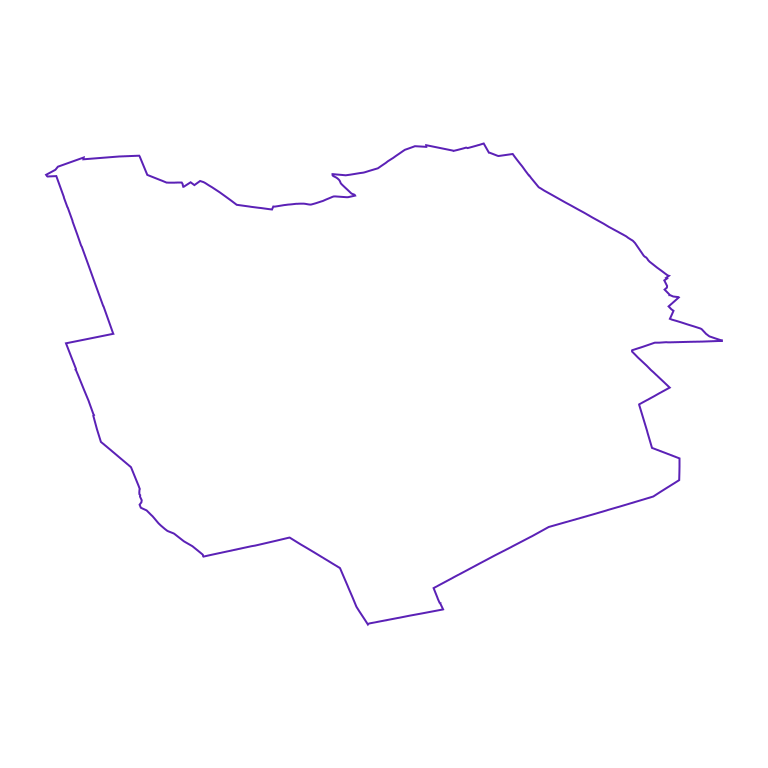 Ukru pag., Auces, Latvia (Natural Earth projection)
{"feature_id": "27541924B12844420955317", "entity_name": "Ukru pag.", "entity_type": "district", "adm_level": 2, "iso_a3": "LVA", "parent_name": "Latvia", "parent_adm1": "Auces", "projection": "natural_earth1", "projection_center": [23.1, 56.359], "detail": "fine", "context": "isolated", "style": "outline", "palette": "violet", "viewbox_px": 768, "rotation_deg": 0, "n_neighbors": 0, "source": "geoboundaries", "source_scale": "gbopen_adm2", "svg_char_len": 5019}
<svg xmlns="http://www.w3.org/2000/svg" viewBox="0 0 768 768"><path d="M491.7,153.5L489.5,152.7L488.9,152.7L488.7,152.3L483.7,143.5L478.6,145.1L478.3,145.1L477.1,145.5L472.1,146.9L467.6,148.1L466.1,147.6L465.8,147.7L463.4,148.4L457.7,149.9L453.5,150.9L453.4,150.7L426.2,145.2L426.3,146.9L425.9,146.9L425.3,146.8L423.7,146.7L420.5,146.5L414.9,146.2L414.4,146.4L412.8,147.0L407.5,148.9L404.9,149.8L402.8,151.2L398.9,153.9L396.1,155.8L392.9,158.1L392.4,158.4L391.9,158.7L387.8,161.3L385.8,162.9L381.5,165.8L377.9,168.3L377.6,168.4L374.2,169.4L369.5,170.8L364.7,172.3L363.5,172.6L362.9,172.7L359.8,173.1L354.4,174.0L350.1,174.7L347.1,175.1L345.7,175.3L341.5,174.9L336.6,174.5L333.5,174.2L332.8,174.1L332.5,174.1L332.5,174.9L332.6,175.3L332.8,175.6L333.4,176.1L335.2,177.0L336.5,177.7L337.7,178.6L338.9,179.7L339.6,180.6L340.3,182.1L340.8,183.3L341.4,184.0L342.6,185.2L344.6,187.1L347.2,189.5L349.0,191.2L351.2,193.3L351.8,193.7L352.6,194.0L354.2,194.6L354.7,194.9L355.1,195.6L353.4,196.0L348.0,197.2L346.4,197.2L339.3,196.7L335.0,196.4L333.5,196.5L332.1,197.0L331.0,197.5L325.9,199.6L322.8,201.0L321.4,201.4L319.9,201.9L315.6,203.3L312.4,204.2L311.3,204.5L310.2,204.6L309.3,204.5L308.5,204.4L305.0,203.8L304.0,203.7L303.2,203.7L299.5,203.7L297.3,203.8L296.2,203.8L294.4,204.0L291.8,204.3L289.6,204.5L288.1,204.6L285.9,204.9L285.0,205.0L284.1,205.1L277.5,206.2L275.5,206.5L274.8,206.6L273.3,206.5L272.0,209.5L268.8,209.1L260.8,208.0L258.8,207.8L250.9,206.8L249.8,206.6L236.7,204.8L231.3,200.7L225.8,196.7L219.7,192.3L212.1,187.3L208.6,185.2L205.2,183.0L203.5,182.1L200.1,181.0L194.4,185.1L190.6,182.3L183.8,186.7L183.3,186.8L182.8,185.3L182.7,184.2L182.4,183.7L181.7,182.5L176.9,182.5L176.7,182.6L171.4,182.7L166.6,182.6L164.4,181.7L162.0,180.7L160.4,180.1L147.3,174.9L139.7,156.5L139.2,155.7L119.0,156.5L99.9,158.0L83.4,159.3L83.7,157.5L57.9,166.7L55.4,169.8L46.1,174.8L47.1,176.2L47.5,176.5L56.3,176.1L63.9,197.1L63.9,197.6L67.3,206.9L67.3,207.0L67.7,207.5L72.5,220.8L72.6,221.6L77.4,234.9L81.1,245.6L81.2,245.8L81.3,246.0L81.7,246.5L88.8,266.1L95.5,284.8L103.2,306.0L103.4,306.1L103.5,306.3L110.0,324.6L113.1,333.4L113.3,333.8L86.5,339.2L66.0,343.3L70.8,355.7L76.0,369.0L75.6,369.6L75.8,369.7L78.1,375.2L84.1,390.0L88.8,401.3L88.9,401.7L93.0,413.1L93.5,414.4L94.0,415.1L93.3,415.7L93.4,416.1L97.0,429.4L97.1,429.7L100.9,441.9L107.3,447.2L118.8,456.9L131.0,467.2L138.9,486.6L139.1,487.3L139.8,489.0L139.5,489.6L139.3,492.3L139.4,494.2L140.2,495.2L140.0,496.6L141.7,500.2L141.4,502.3L139.6,504.7L140.8,507.7L143.1,508.8L146.6,510.4L150.8,514.6L152.6,516.3L158.5,523.3L160.8,525.5L164.9,529.0L167.4,530.9L168.3,531.3L173.6,533.4L174.3,533.8L183.9,541.3L185.6,542.3L192.4,546.2L201.5,553.6L202.8,554.7L203.2,556.4L203.4,556.6L211.5,554.8L251.5,546.2L255.7,545.5L255.9,545.4L256.9,545.2L276.7,540.6L289.3,537.6L289.7,537.6L300.5,544.3L305.8,547.4L315.0,552.9L315.5,553.2L340.0,568.1L348.2,587.2L348.2,587.3L352.6,597.5L356.4,606.7L359.1,611.0L364.9,619.8L367.9,624.5L368.4,623.8L369.6,623.4L398.3,617.9L398.5,617.9L409.5,615.7L422.1,613.4L442.7,609.5L442.8,609.5L443.1,609.4L440.7,604.3L440.3,603.6L440.4,603.2L439.9,603.1L439.6,602.8L437.8,598.8L437.5,597.9L437.4,597.6L433.6,588.1L456.1,576.0L463.9,571.9L479.8,563.4L494.7,555.5L511.7,546.8L511.8,546.7L531.0,536.7L531.4,536.5L531.5,536.5L548.7,527.0L565.2,522.3L592.0,514.7L592.7,514.5L606.7,510.4L607.5,510.1L617.5,507.2L618.3,507.0L640.7,500.3L653.3,496.5L660.4,491.9L679.2,480.1L679.4,472.2L679.5,466.6L679.5,458.5L679.5,458.4L652.0,447.9L647.5,432.6L647.1,431.0L639.1,404.6L639.2,404.3L639.6,404.1L654.0,396.3L658.9,393.5L669.7,387.6L655.6,374.3L653.4,372.2L651.0,370.1L646.6,365.6L637.8,357.4L635.2,354.7L632.1,351.6L632.0,350.7L632.2,350.2L642.8,346.8L652.4,343.5L654.1,342.9L654.8,342.7L657.8,342.7L658.7,342.7L666.1,342.2L666.4,342.2L667.5,342.3L671.3,342.3L690.7,341.8L701.8,341.6L718.3,341.0L721.9,341.0L721.9,340.8L721.9,340.3L720.5,340.1L715.3,338.4L710.1,336.6L709.7,336.5L709.0,336.1L706.8,334.4L706.2,334.0L701.8,329.3L701.4,329.0L701.0,328.8L700.4,328.5L693.9,326.4L687.4,324.4L681.6,322.5L676.7,321.0L671.8,319.6L669.9,318.8L670.0,318.6L671.8,314.7L673.5,310.8L671.4,309.3L668.6,306.4L670.2,305.0L676.1,299.8L678.8,297.4L678.4,297.1L673.2,296.5L670.0,295.1L669.5,295.1L669.6,294.7L664.8,289.8L664.6,289.6L666.9,287.6L667.1,286.0L664.3,280.4L667.2,278.4L667.0,278.2L666.2,277.8L668.9,275.8L667.7,275.4L665.2,273.6L662.3,271.4L657.2,267.7L649.6,261.7L648.1,260.1L647.3,258.8L646.2,257.5L644.9,256.8L643.7,255.7L640.7,251.3L639.2,249.1L635.0,243.0L632.9,240.8L628.1,237.8L627.1,237.0L625.8,236.1L608.7,226.8L603.8,223.8L598.9,221.1L592.2,217.4L584.1,212.7L578.0,209.4L570.8,205.4L565.6,202.6L559.9,199.4L552.1,195.0L544.2,190.6L542.3,189.4L540.9,188.5L539.3,187.6L538.7,187.2L537.2,185.4L534.5,182.1L531.2,178.1L529.2,175.4L528.9,175.5L528.4,174.8L527.2,173.2L525.6,171.1L522.6,166.9L521.6,165.6L520.2,163.9L517.0,159.8L514.5,156.5L512.7,154.0L505.7,155.0L498.6,156.0L498.1,155.9L497.6,155.8L491.7,153.5Z" fill="none" stroke="#5b21b6" stroke-width="2"/></svg>